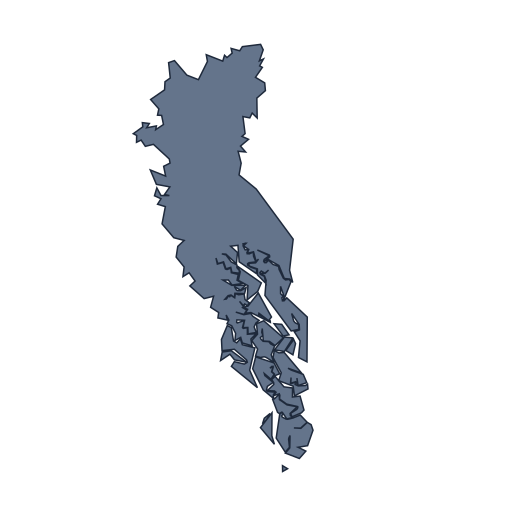 outline of Khulna, Khulna, Bangladesh, rotated 340°
{"feature_id": "16705992B21968895988188", "entity_name": "Khulna", "entity_type": "district", "adm_level": 2, "iso_a3": "BGD", "parent_name": "Bangladesh", "parent_adm1": "Khulna", "projection": "mercator", "projection_center": [89.444, 22.353], "detail": "fine", "context": "isolated", "style": "filled", "palette": "slate", "viewbox_px": 512, "rotation_deg": 340, "n_neighbors": 0, "source": "geoboundaries", "source_scale": "gbopen_adm2", "svg_char_len": 6152}
<svg xmlns="http://www.w3.org/2000/svg" viewBox="0 0 512 512"><g transform="rotate(340 256 256)"><path d="M332.7,58.7L314.8,54.6L310.9,57.6L303.6,52.4L303.0,57.2L296.6,59.6L295.1,56.6L291.4,61.5L278.1,49.8L276.9,56.6L262.2,70.6L252.9,62.4L246.2,44.5L240.0,44.4L236.3,59.4L230.1,61.1L226.9,68.6L210.5,72.9L215.0,84.5L211.6,90.0L215.4,91.6L214.0,100.8L204.9,103.0L206.9,99.7L197.1,98.1L201.1,95.0L194.8,91.8L193.8,95.9L182.5,99.1L185.1,101.9L182.6,108.3L187.7,107.8L189.5,115.1L197.8,116.0L207.7,135.2L207.0,139.3L199.9,140.1L198.4,150.0L186.1,139.0L186.9,154.6L198.7,161.6L191.1,166.9L195.3,169.6L187.4,166.7L186.1,158.1L181.2,164.7L186.3,169.7L181.2,173.7L187.7,178.6L178.7,193.7L185.0,210.7L193.8,216.8L185.8,220.2L180.6,229.7L184.7,241.7L180.3,250.4L187.4,248.9L190.2,258.7L183.6,261.5L192.7,278.3L202.4,279.3L195.8,288.7L201.6,296.3L199.0,301.2L207.1,306.4L207.8,301.2L208.6,306.9L205.6,309.7L209.3,313.2L210.4,321.7L207.3,328.2L213.8,327.2L213.4,333.0L221.6,339.0L222.8,332.3L229.7,329.1L221.1,326.6L223.4,320.4L219.3,319.7L218.8,318.7L222.9,312.7L215.5,312.5L215.1,311.7L216.2,309.5L223.3,312.5L219.3,318.8L223.9,320.4L221.9,326.5L230.1,327.9L230.0,322.0L232.9,319.0L236.9,317.6L232.4,311.6L231.3,308.1L224.5,307.0L217.8,301.8L224.8,306.8L228.8,303.7L225.8,300.0L229.0,297.7L227.4,298.6L226.6,298.2L225.0,293.0L227.1,298.2L229.0,297.2L231.1,300.1L232.2,298.6L233.9,297.9L230.8,293.2L231.8,287.7L226.4,286.5L223.7,284.3L221.7,288.0L218.9,284.3L217.4,285.3L216.5,284.1L213.5,286.3L212.0,286.0L216.2,283.7L219.2,284.1L221.6,287.6L223.4,283.8L232.4,287.4L235.9,282.3L229.8,283.4L226.6,282.2L226.0,281.4L225.2,277.1L229.8,282.9L236.2,279.9L223.2,275.3L216.7,267.3L221.8,269.1L223.6,275.1L233.9,277.2L229.9,272.3L233.0,267.3L227.1,263.3L228.2,258.8L224.2,258.8L222.8,257.8L222.9,250.8L216.9,250.4L217.7,244.2L217.6,250.1L223.5,250.4L223.4,257.8L228.4,258.0L227.8,263.1L234.4,266.4L235.4,264.0L234.1,260.5L235.0,257.9L230.7,253.1L228.0,244.2L227.2,244.1L224.6,242.3L228.4,244.0L234.9,256.6L239.8,246.4L235.5,238.1L242.7,239.8L238.2,255.7L250.2,272.5L252.3,268.8L247.3,264.8L245.0,261.7L245.5,260.3L247.2,259.9L253.9,261.5L253.6,255.4L254.8,251.4L250.5,251.7L248.6,250.9L248.6,249.7L251.1,247.5L247.9,246.5L247.3,242.0L250.5,240.8L247.1,240.1L251.5,240.5L247.7,242.1L251.4,247.4L248.8,250.5L255.1,251.2L254.3,260.9L257.3,259.8L253.3,262.3L246.5,260.4L246.3,263.2L252.9,268.6L251.0,274.4L255.9,285.1L256.9,278.0L253.7,274.6L254.0,272.8L255.8,271.9L258.5,275.2L263.0,273.5L258.6,275.5L254.1,273.4L257.2,277.6L257.2,282.4L250.9,296.1L263.4,338.5L271.2,339.5L272.6,334.9L270.0,332.2L269.2,330.1L269.8,322.2L273.2,335.1L271.6,340.3L266.1,340.3L268.4,350.8L261.2,365.9L267.7,372.9L283.3,330.9L270.6,305.8L267.1,307.7L265.5,307.2L266.1,304.0L268.0,303.3L266.2,299.8L268.7,292.9L268.6,303.5L266.4,307.5L280.0,292.2L279.2,289.4L275.6,288.6L274.1,286.3L273.1,276.6L273.7,273.5L269.0,269.7L266.3,264.3L263.2,265.8L261.7,265.1L261.4,263.5L262.6,262.0L268.5,260.3L259.3,250.8L268.8,259.6L268.6,261.5L261.8,264.0L266.6,263.8L274.3,272.8L274.9,286.8L279.9,289.2L281.5,293.4L282.7,280.8L296.7,252.9L279.1,193.1L267.8,174.0L273.8,163.7L275.0,151.5L281.8,154.7L279.0,147.4L288.9,143.8L283.7,138.8L287.6,137.3L291.4,120.5L297.4,124.1L301.3,120.4L304.3,126.7L310.8,107.9L321.4,103.8L323.4,96.3L316.6,87.9L326.5,80.9L324.4,78.6L330.4,73.4L325.9,73.8L333.3,64.7L332.7,58.7ZM224.2,412.7L212.7,434.0L216.4,450.3L222.0,447.2L224.0,439.2L224.7,438.1L226.6,436.3L222.1,447.9L216.2,451.3L227.5,461.1L236.1,456.4L230.1,450.1L239.6,451.9L250.0,439.2L250.1,433.3L247.3,429.9L239.2,433.3L232.8,430.5L239.0,433.0L247.2,429.7L243.2,420.6L235.2,420.9L230.0,420.3L228.5,419.6L225.6,416.4L225.4,415.0L227.4,413.7L226.9,411.8L224.2,412.7ZM208.2,331.0L205.8,328.2L208.3,314.8L205.2,311.6L195.0,322.6L191.7,333.3L203.7,336.2L211.6,350.4L211.5,352.9L208.1,353.6L199.5,347.9L195.1,351.3L212.3,380.2L211.0,361.1L223.5,342.0L212.8,334.7L213.0,328.5L208.2,331.0ZM258.7,381.4L249.5,356.3L244.4,354.9L240.8,351.1L237.3,357.3L239.8,374.4L234.7,380.9L246.4,391.0L244.3,400.6L259.4,398.7L260.6,394.1L258.0,394.6L251.2,392.5L248.8,390.1L249.9,387.9L246.0,388.0L244.8,387.5L247.4,382.2L245.2,387.4L250.3,387.7L251.1,391.5L252.7,384.7L251.3,392.1L260.4,392.4L259.9,383.4L250.2,375.4L247.7,372.4L258.7,381.4ZM241.1,319.5L233.3,319.9L230.7,330.0L223.1,334.0L225.7,344.0L221.3,349.9L225.5,352.9L229.2,353.5L230.8,354.7L236.4,361.9L236.5,354.0L242.7,347.0L239.6,343.5L238.8,340.9L233.5,338.6L232.1,335.5L232.2,334.1L235.3,333.0L235.3,329.6L237.1,326.3L233.8,338.4L239.5,340.9L243.3,346.7L253.7,342.2L241.1,319.5ZM236.4,362.7L221.2,350.7L214.3,360.8L217.0,384.3L223.8,396.0L224.9,392.3L227.6,390.6L220.8,387.4L220.0,385.5L222.1,382.4L228.9,380.7L223.4,371.4L223.6,369.3L227.9,376.9L232.7,373.3L231.0,370.2L234.0,365.8L230.7,366.1L233.4,365.1L234.3,366.2L231.4,370.1L232.9,373.1L231.7,374.9L238.0,374.8L236.4,362.7ZM232.8,375.7L228.5,377.4L229.3,380.9L228.8,382.8L220.6,386.4L227.2,389.1L228.2,390.9L224.9,393.2L230.7,393.5L230.8,395.0L229.2,398.4L234.1,405.6L243.6,411.7L243.4,412.9L241.9,414.1L234.7,415.7L234.8,419.4L245.1,418.9L248.4,417.2L249.5,402.7L242.0,401.0L245.2,392.5L237.5,388.5L232.8,375.7ZM249.7,318.6L245.5,291.5L231.4,300.3L226.5,299.9L229.9,303.2L226.4,306.1L231.9,307.4L246.8,323.3L247.2,321.9L245.4,321.4L241.9,317.6L240.5,315.9L240.9,314.6L238.4,312.0L239.2,310.8L245.8,321.1L249.7,318.6ZM245.4,289.9L251.8,283.1L235.0,259.1L235.8,265.4L231.1,272.8L238.3,281.1L232.6,294.2L245.4,289.9ZM228.9,399.0L230.5,393.9L225.0,396.3L222.6,396.3L222.8,410.3L224.1,412.1L226.6,411.5L227.3,412.0L229.2,419.6L235.2,420.3L233.7,417.7L234.2,415.6L243.2,411.8L234.2,406.5L228.9,399.0ZM208.9,439.2L209.4,430.3L217.4,408.8L201.5,418.8L208.9,439.2ZM250.0,355.4L261.7,346.4L262.0,345.2L254.9,341.9L241.4,350.5L250.0,355.4ZM200.4,336.6L191.4,334.7L187.0,342.1L197.9,339.4L200.3,346.3L210.8,352.5L200.4,336.6ZM260.1,341.4L256.8,329.0L249.8,325.8L254.1,340.4L260.1,341.4ZM256.9,361.5L263.2,351.9L262.7,345.4L261.3,348.5L251.7,355.0L256.9,361.5ZM207.3,467.6L212.9,466.7L209.2,462.1L207.3,467.6ZM204.7,415.9L209.8,413.5L215.4,408.8L208.3,411.3L204.7,415.9Z" fill="#64748b" stroke="#1e293b" stroke-width="1.5"/></g></svg>